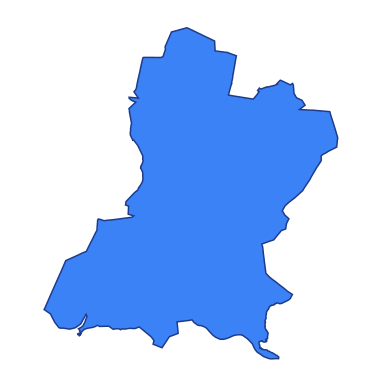 outline of Cēsis, Cesu, Latvia, rotated 272°
{"feature_id": "27541924B8130819472735", "entity_name": "Cēsis", "entity_type": "district", "adm_level": 2, "iso_a3": "LVA", "parent_name": "Latvia", "parent_adm1": "Cesu", "projection": "orthographic", "projection_center": [25.251, 57.313], "detail": "fine", "context": "isolated", "style": "filled", "palette": "blue", "viewbox_px": 384, "rotation_deg": 272, "n_neighbors": 0, "source": "geoboundaries", "source_scale": "gbopen_adm2", "svg_char_len": 5690}
<svg xmlns="http://www.w3.org/2000/svg" viewBox="0 0 384 384"><g transform="rotate(272 192 192)"><path d="M302.5,286.5L306.8,276.6L306.7,276.2L305.3,274.9L303.0,272.9L302.6,273.4L301.3,270.3L299.4,263.4L299.7,263.2L298.2,259.6L297.9,258.8L297.2,257.3L298.2,255.7L295.6,254.0L294.6,255.5L291.3,253.4L287.0,250.0L289.5,229.5L289.8,227.5L290.2,225.0L293.4,225.8L294.1,225.9L299.9,227.3L301.7,227.9L301.7,227.6L307.4,228.6L309.2,228.7L327.1,231.2L329.7,231.6L332.1,224.0L332.6,223.1L333.8,210.2L343.7,209.3L348.7,197.8L349.7,195.7L356.0,181.2L351.2,165.9L336.1,160.0L333.6,160.5L328.7,159.0L326.1,158.2L325.3,155.8L325.0,143.5L324.9,141.7L324.8,138.9L324.3,138.2L316.1,136.6L310.6,135.7L302.0,134.0L297.6,133.3L295.5,133.0L293.5,132.7L292.6,132.3L291.6,131.6L290.4,130.7L290.2,130.5L284.0,135.1L284.5,125.8L283.6,125.9L283.0,126.3L281.4,128.6L281.1,129.0L280.6,130.7L279.8,132.6L276.4,129.3L273.2,126.1L272.2,126.4L270.5,126.7L270.1,126.6L257.9,129.3L257.4,128.9L253.0,128.4L251.5,128.5L249.4,128.2L247.5,128.3L246.5,128.5L244.6,129.5L242.7,130.6L241.6,130.9L241.8,131.9L236.6,136.2L228.4,140.5L226.8,141.4L224.9,141.6L223.0,141.6L222.1,141.9L221.1,142.0L219.6,141.5L218.2,141.2L217.7,140.9L217.0,140.6L216.7,140.5L216.2,140.0L216.1,139.9L215.5,140.1L215.3,140.1L214.9,139.9L214.6,139.8L214.2,139.8L213.9,139.9L213.6,140.0L212.9,140.6L212.4,140.9L211.4,141.3L210.4,141.8L209.1,142.2L208.8,142.2L207.7,142.1L206.7,142.2L203.7,142.5L203.1,142.5L200.5,142.1L197.6,140.6L195.3,139.2L194.4,138.8L194.5,138.6L193.3,138.2L192.9,138.0L192.6,137.9L192.2,137.7L191.9,137.5L191.4,137.0L191.2,136.8L190.9,136.6L191.0,136.4L189.3,134.5L180.1,126.4L176.7,126.0L175.7,129.1L167.6,129.0L166.1,134.6L164.7,132.9L161.8,115.7L160.8,108.5L160.3,105.3L160.6,103.8L161.4,101.5L161.7,99.3L160.8,98.7L150.3,98.3L148.0,97.1L143.7,95.2L137.5,92.3L128.9,88.4L127.8,85.7L125.3,80.9L122.3,74.9L119.0,68.2L107.4,63.7L104.1,62.3L81.5,53.2L71.3,49.2L69.4,48.3L65.2,54.8L57.1,59.3L51.7,63.8L51.3,65.8L51.5,67.7L50.7,74.4L51.6,78.1L52.4,80.3L56.1,85.3L66.1,90.4L63.8,91.5L62.9,91.0L60.5,90.1L59.4,89.9L57.8,89.3L57.5,89.2L56.8,88.7L55.6,88.2L54.7,88.0L53.9,87.0L52.9,86.0L52.5,85.2L52.1,84.6L51.7,83.9L51.3,83.3L51.0,83.7L50.8,84.1L50.7,84.2L50.0,84.4L49.6,84.6L49.3,84.9L48.9,84.7L48.4,84.6L47.8,85.2L47.5,85.5L47.3,85.5L46.8,85.2L46.2,84.2L46.3,83.9L46.6,83.8L46.7,83.6L46.7,83.4L46.7,83.2L46.5,82.9L46.3,82.8L46.0,82.7L45.5,82.9L45.4,83.0L45.2,84.0L44.8,84.2L44.4,84.4L45.2,85.5L48.6,86.8L51.0,89.2L52.2,92.4L53.1,97.0L54.2,100.1L55.5,102.1L54.4,104.4L55.0,113.5L52.0,118.1L52.7,120.9L52.7,123.7L51.9,125.5L52.7,126.7L52.7,130.0L53.6,134.3L53.5,139.7L55.3,144.0L45.9,156.2L43.7,158.0L42.3,159.2L37.9,158.3L38.5,158.7L38.1,159.7L35.3,167.5L46.6,174.4L50.2,183.1L61.7,181.6L63.7,194.5L64.3,196.4L61.6,198.6L60.5,200.4L59.3,202.0L58.8,203.9L58.8,205.7L58.0,208.2L57.1,210.3L55.6,212.1L53.7,213.8L52.0,215.4L49.4,218.1L47.6,220.8L45.8,225.3L45.9,228.6L46.7,231.5L48.4,235.5L49.5,237.5L50.4,240.0L50.9,242.8L51.0,245.7L50.5,247.7L49.3,249.4L47.7,252.0L45.3,254.7L42.4,257.6L38.0,259.8L36.4,260.8L34.1,262.9L32.0,266.4L30.1,269.2L29.0,272.4L28.1,275.2L28.0,277.5L28.3,280.2L28.5,283.5L28.4,284.3L30.0,284.5L31.6,282.6L31.7,281.9L32.1,281.5L33.9,278.3L34.2,277.8L34.3,276.9L35.7,274.5L35.5,273.6L36.1,273.2L36.7,272.5L36.9,271.2L36.8,269.7L36.9,269.1L37.6,268.1L37.2,267.4L37.1,267.1L37.8,266.6L38.4,266.7L38.6,266.5L38.4,265.8L38.2,265.6L38.4,265.0L38.8,264.9L40.0,265.4L40.7,265.0L41.7,264.9L42.2,264.5L42.7,264.4L43.9,264.2L44.1,264.3L44.6,264.4L45.8,266.9L45.8,267.0L45.6,267.0L45.1,267.3L45.1,267.6L44.6,268.8L44.5,269.2L44.8,270.3L44.7,270.7L44.8,270.9L45.0,271.4L45.7,272.0L46.5,270.9L46.8,270.7L47.2,271.3L47.4,271.2L47.6,272.0L47.9,272.4L48.4,272.7L48.9,272.4L49.5,272.5L50.1,272.6L50.5,272.4L51.1,272.7L52.3,272.8L52.7,272.8L53.2,272.8L53.6,273.0L54.1,272.8L54.3,272.4L54.9,272.2L55.0,272.0L55.2,271.8L56.0,271.6L56.2,271.4L56.2,271.0L56.5,270.8L56.8,270.9L57.3,270.5L57.9,270.2L58.4,269.9L59.4,269.5L59.9,269.9L60.3,269.9L60.8,269.6L61.2,269.8L61.5,269.6L62.4,269.5L63.5,269.6L63.5,269.8L64.3,270.0L64.6,269.8L65.1,269.5L65.5,269.7L65.8,269.5L66.4,269.5L66.8,269.8L68.6,270.5L68.8,270.5L69.8,270.1L70.7,270.3L72.6,270.6L74.5,270.6L76.8,271.8L77.2,272.2L77.3,272.4L77.6,272.5L78.0,272.6L78.5,272.9L78.9,273.0L79.2,273.1L79.3,273.1L79.6,273.1L79.8,273.3L80.1,273.3L80.2,273.6L80.5,273.8L80.6,274.1L80.9,274.4L81.1,274.5L81.1,275.0L81.4,275.3L81.7,275.5L81.7,275.9L81.8,276.1L81.7,276.5L81.7,276.9L81.7,277.1L81.9,277.2L82.1,277.6L82.4,278.2L82.4,278.4L82.6,278.5L83.0,278.9L83.2,279.0L83.4,279.0L83.3,279.3L83.3,279.5L83.8,280.2L83.8,280.4L84.2,281.0L84.0,281.7L83.4,283.7L83.8,285.6L84.9,287.5L87.0,291.6L88.7,293.8L89.5,294.2L93.1,295.9L94.2,294.1L95.0,292.8L96.1,290.9L98.7,287.7L101.3,284.0L103.2,281.4L105.8,277.9L107.0,276.0L109.1,273.2L109.4,272.8L112.4,269.6L113.4,268.7L126.4,266.5L127.4,266.4L132.7,265.5L135.9,265.1L139.8,264.5L139.8,264.3L142.4,263.6L145.2,270.4L147.0,275.4L151.2,278.5L156.6,282.7L158.3,286.9L162.4,287.4L163.8,287.6L165.3,288.2L168.6,289.8L169.5,288.8L170.8,287.2L172.5,285.3L172.9,285.0L174.2,284.4L175.5,283.4L176.1,282.8L177.9,283.7L181.4,285.5L184.8,288.9L188.4,293.2L189.2,294.3L195.9,301.2L197.1,302.5L199.5,303.8L208.5,309.3L211.8,310.9L220.1,315.4L221.8,316.4L225.9,319.0L225.9,318.8L227.6,319.9L228.1,320.1L228.7,320.1L231.9,319.8L232.7,319.8L234.7,322.4L235.2,323.6L235.8,324.5L237.4,326.8L241.9,334.9L242.0,334.8L242.9,335.1L251.4,335.7L258.9,333.2L262.1,332.1L274.2,327.8L277.1,326.9L278.0,309.9L277.9,308.2L278.2,296.5L282.7,302.0L287.5,298.7L289.9,293.1L294.2,290.5L302.6,289.5L303.0,289.2L304.0,288.7L302.5,286.5Z" fill="#3b82f6" stroke="#1e3a8a" stroke-width="1.5"/></g></svg>